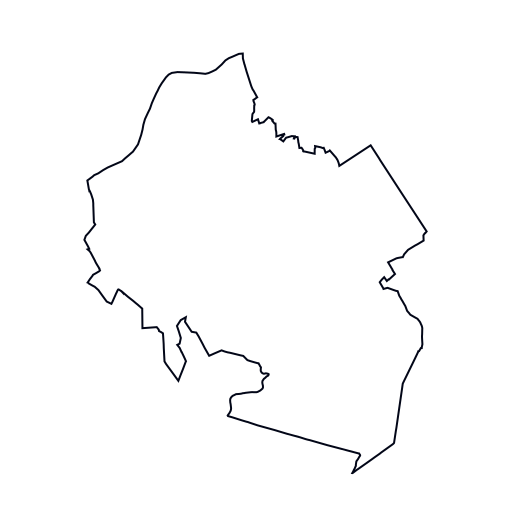 the district of Ogresgala pag., Ogre, Latvia, rotated 100°
{"feature_id": "27541924B67173140256681", "entity_name": "Ogresgala pag.", "entity_type": "district", "adm_level": 2, "iso_a3": "LVA", "parent_name": "Latvia", "parent_adm1": "Ogre", "projection": "orthographic", "projection_center": [24.724, 56.804], "detail": "fine", "context": "isolated", "style": "outline", "palette": "ink", "viewbox_px": 512, "rotation_deg": 100, "n_neighbors": 0, "source": "geoboundaries", "source_scale": "gbopen_adm2", "svg_char_len": 5828}
<svg xmlns="http://www.w3.org/2000/svg" viewBox="0 0 512 512"><g transform="rotate(100 256 256)"><path d="M321.4,78.9L320.0,78.4L319.0,78.0L318.1,77.7L317.9,76.8L316.9,76.9L314.0,76.8L311.5,77.4L309.8,77.8L307.6,78.3L306.1,78.6L304.2,78.8L301.6,79.2L299.7,79.5L298.2,79.7L296.9,80.2L295.7,80.8L294.5,81.7L293.4,82.4L292.8,82.8L291.6,84.0L290.8,85.0L289.9,85.9L289.6,86.6L289.1,88.1L287.2,93.4L286.9,94.0L285.5,95.5L284.5,96.8L283.7,97.7L279.3,100.3L277.7,101.7L274.9,104.0L273.5,105.3L271.8,106.6L271.0,107.4L270.1,108.1L266.0,110.4L266.0,112.1L265.6,114.6L264.5,120.9L265.1,122.2L266.3,124.7L265.9,124.9L264.0,126.5L261.3,128.8L260.3,129.6L260.1,129.5L257.4,128.0L254.6,126.1L257.9,122.8L256.0,121.4L256.1,121.0L249.6,116.0L246.1,119.2L245.6,119.3L245.0,119.9L239.3,124.8L233.9,117.3L233.2,115.7L231.8,111.9L231.6,111.3L231.6,111.2L228.6,110.4L223.5,107.3L218.1,101.2L216.4,99.0L211.7,93.6L206.6,94.7L205.1,94.1L204.1,93.5L204.1,93.3L202.2,92.2L168.5,123.8L139.6,150.8L138.7,151.5L127.1,162.3L152.8,189.6L151.0,190.3L149.6,191.0L148.3,191.8L147.6,192.2L147.0,192.7L146.7,192.9L146.7,193.0L145.8,193.8L145.1,194.4L144.0,195.8L139.3,201.6L139.7,201.8L142.0,205.1L142.2,205.4L139.9,206.7L137.7,208.1L138.1,209.0L137.7,211.2L137.5,216.9L139.2,216.4L140.3,216.8L145.1,216.0L144.7,225.4L144.7,226.8L144.8,227.5L144.7,227.7L143.7,227.9L142.3,229.1L141.5,230.0L142.1,232.0L138.9,233.1L138.3,233.3L136.5,234.1L135.3,234.4L131.7,235.7L131.9,238.1L133.7,238.6L133.7,239.1L131.4,238.7L131.7,241.6L133.4,245.0L134.2,246.8L134.6,247.1L138.4,249.0L136.7,252.5L136.7,252.8L136.5,252.7L133.4,250.2L132.8,251.0L131.5,249.2L130.9,249.5L134.8,256.7L132.9,257.0L130.6,257.5L130.0,257.7L128.1,258.5L122.2,259.8L122.3,260.8L120.0,263.5L119.2,263.1L118.7,263.9L118.4,264.5L118.1,265.2L117.6,266.4L117.4,267.0L117.2,267.8L121.5,270.8L121.8,271.0L122.6,271.7L122.9,271.7L124.3,274.8L124.5,274.9L124.5,275.0L124.9,275.8L121.0,277.8L124.6,282.9L123.9,283.5L123.6,283.6L117.4,284.1L116.8,284.1L116.5,284.0L114.6,283.0L114.3,282.9L112.7,283.1L110.7,283.5L108.5,283.8L108.4,283.8L108.1,283.8L108.0,283.7L107.9,283.7L107.8,283.8L107.6,283.7L107.4,283.7L107.1,283.6L106.6,283.8L106.3,283.9L106.1,284.0L105.9,284.1L105.3,284.5L104.8,284.8L104.6,284.9L104.4,285.0L104.0,285.3L102.8,285.7L101.7,284.5L100.1,283.0L99.5,282.4L99.4,282.5L93.4,287.3L92.7,288.1L90.3,289.7L89.1,290.4L76.0,297.3L70.7,299.9L69.6,300.4L69.2,300.7L63.7,303.2L58.9,304.2L59.9,307.9L61.6,310.5L63.8,313.8L65.9,317.1L68.7,320.1L73.3,323.0L79.5,327.9L81.9,331.2L84.1,334.5L85.4,337.5L85.7,342.0L86.3,348.6L87.5,357.9L88.5,365.2L90.3,370.7L92.5,373.5L95.7,375.7L102.4,378.9L102.7,379.0L106.8,380.6L110.5,381.6L113.2,382.5L119.0,384.0L123.5,385.1L129.3,386.0L133.7,387.3L140.5,389.1L146.2,389.7L151.2,389.7L156.7,390.1L166.6,391.6L174.6,395.3L176.5,396.9L179.0,398.9L182.7,402.0L185.9,404.4L191.7,413.1L194.6,417.4L197.9,421.4L202.0,425.7L204.5,429.4L206.2,430.7L210.9,435.2L219.2,432.2L219.9,431.9L220.1,431.6L221.2,431.3L221.1,430.8L223.9,429.0L228.8,426.4L232.4,425.4L234.6,425.0L236.4,424.6L250.0,421.7L251.0,421.5L252.9,419.8L262.0,424.7L265.7,427.1L269.9,427.8L275.7,423.1L277.9,421.5L278.7,423.0L280.1,420.7L281.4,419.4L288.6,413.8L289.4,413.3L290.6,412.4L292.0,411.2L295.4,408.2L295.5,408.3L297.3,407.1L298.2,407.7L301.3,411.3L301.5,411.6L302.8,413.2L303.9,413.6L306.6,415.0L307.0,415.2L307.1,415.3L307.3,415.4L311.2,417.1L311.2,416.9L312.0,416.1L312.2,415.6L313.3,412.6L314.0,410.5L314.0,410.4L314.3,409.5L316.9,405.3L321.9,400.2L326.8,395.1L328.2,390.1L325.9,389.4L317.0,387.2L315.7,386.8L314.4,386.5L313.0,386.0L312.9,385.9L312.8,385.7L312.8,385.4L313.9,382.8L314.4,382.0L315.3,380.8L314.9,380.9L318.3,375.2L321.5,369.2L323.5,365.8L324.3,364.3L327.6,358.9L346.8,355.3L343.3,341.4L345.4,339.0L346.7,338.5L347.0,337.7L347.3,336.6L348.3,334.2L351.5,333.4L358.5,331.7L362.8,330.8L375.7,327.8L378.1,325.7L386.9,316.5L392.4,310.8L386.3,309.6L380.1,308.3L372.0,306.8L371.8,306.7L370.6,307.5L368.4,309.0L366.7,310.2L364.9,311.5L363.6,312.4L363.6,312.6L359.8,315.2L357.2,318.1L355.6,316.0L349.8,315.8L343.5,319.0L338.6,321.7L332.2,319.0L328.5,314.5L333.1,314.5L341.8,306.2L341.8,301.5L345.2,298.5L351.7,293.4L355.3,290.7L362.4,284.8L359.1,279.9L354.9,273.5L355.3,271.4L355.5,270.2L355.8,267.2L355.8,265.2L355.9,263.3L356.5,254.2L356.6,251.2L359.9,246.6L360.1,246.0L360.5,243.3L361.0,238.7L361.3,235.3L361.2,234.9L361.9,234.4L362.0,234.2L362.6,233.7L363.4,233.2L364.8,231.8L366.3,231.7L366.8,231.6L367.3,231.6L368.1,231.4L368.6,231.2L369.7,230.3L370.3,229.3L370.6,228.1L370.4,227.2L369.9,226.2L369.8,225.3L369.9,223.7L370.2,223.0L371.0,223.0L371.6,223.3L372.0,223.6L372.8,224.7L374.3,225.7L375.6,226.9L377.9,227.9L379.2,227.9L380.6,227.5L382.7,226.6L384.4,226.3L385.5,226.6L387.7,228.4L389.5,230.7L390.1,232.0L390.8,236.5L391.2,238.0L392.6,242.7L393.0,243.6L393.4,245.1L393.9,246.1L394.3,247.1L394.6,248.1L394.9,249.1L395.5,251.6L396.0,252.3L396.7,253.2L397.6,254.5L397.8,254.7L398.4,255.2L399.3,255.8L399.9,256.1L401.2,256.5L402.7,256.4L404.7,255.9L406.2,255.3L407.5,254.9L410.2,254.1L411.4,254.0L412.9,254.1L415.3,254.9L417.1,255.8L418.0,256.2L418.5,255.8L419.0,251.1L420.3,241.5L420.9,236.3L420.9,235.4L421.3,233.1L422.5,225.0L424.2,207.3L425.7,194.7L426.9,181.2L427.7,175.4L427.9,173.3L428.0,171.1L429.9,153.0L431.0,139.6L432.6,120.8L432.5,120.3L433.8,119.0L434.3,118.8L434.5,118.8L436.3,119.6L438.1,120.2L440.8,121.5L441.2,121.5L444.3,121.4L445.4,121.2L445.9,121.4L447.2,121.7L448.1,121.9L449.5,122.4L451.4,122.9L453.1,123.5L453.1,123.4L453.0,123.2L452.9,123.1L448.7,119.2L448.1,118.5L436.3,106.8L433.6,104.2L429.0,99.6L428.6,99.3L427.6,98.4L417.8,88.8L417.1,88.2L416.4,87.7L415.9,87.6L403.8,87.9L400.9,87.9L385.2,88.4L362.3,89.1L356.6,89.3L356.2,89.3L355.8,89.2L353.3,88.5L333.1,82.7L324.6,80.3L322.3,79.7L321.7,79.7L321.4,78.9Z" fill="none" stroke="#020617" stroke-width="2"/></g></svg>